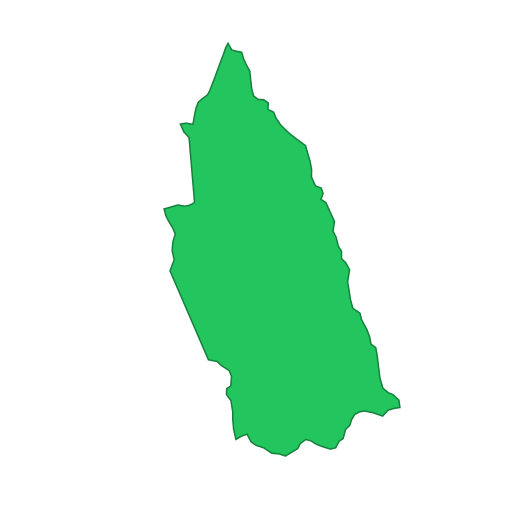 outline of Aragoiânia, Goiás, Brazil, rotated 338°
{"feature_id": "56859067B44164083343773", "entity_name": "Aragoiânia", "entity_type": "district", "adm_level": 2, "iso_a3": "BRA", "parent_name": "Brazil", "parent_adm1": "Goiás", "projection": "equal_earth", "projection_center": [-49.411, -16.939], "detail": "fine", "context": "isolated", "style": "filled", "palette": "green", "viewbox_px": 512, "rotation_deg": 338, "n_neighbors": 0, "source": "geoboundaries", "source_scale": "gbopen_adm2", "svg_char_len": 1712}
<svg xmlns="http://www.w3.org/2000/svg" viewBox="0 0 512 512"><g transform="rotate(338 256 256)"><path d="M235.3,105.3L235.6,113.9L238.3,121.1L219.1,183.3L213.8,184.1L208.8,183.2L202.6,179.4L194.9,178.7L188.4,177.9L187.5,184.8L188.0,190.8L189.3,198.7L189.3,205.5L184.3,211.6L180.3,219.5L178.7,228.8L170.7,237.6L173.0,334.4L180.4,339.2L182.8,344.5L188.2,352.2L188.2,358.5L183.7,367.2L179.2,367.9L176.7,373.3L178.6,380.8L176.0,391.9L173.2,398.9L170.4,408.0L168.7,418.6L175.6,417.6L181.0,417.9L181.7,426.3L185.1,431.5L191.2,436.7L196.8,444.8L203.5,448.3L208.4,452.5L222.5,450.2L226.8,446.5L233.5,444.8L237.8,448.1L241.2,452.9L246.5,457.9L252.6,462.9L258.0,463.7L263.6,458.9L268.4,457.9L274.1,450.4L279.6,448.1L283.1,443.8L287.9,440.0L293.7,439.3L298.8,440.5L305.6,445.0L313.5,451.9L320.6,448.4L326.9,449.0L332.7,450.4L334.5,443.2L331.0,435.7L327.4,432.3L324.2,426.1L325.1,416.1L327.3,407.6L331.1,393.5L332.7,385.9L329.6,380.7L331.0,374.2L331.3,365.7L330.0,354.9L331.0,347.9L326.2,340.8L327.3,331.6L329.3,323.1L331.3,314.2L337.6,303.9L336.7,295.8L334.3,290.6L337.0,283.7L336.0,277.7L337.3,268.6L336.7,261.9L341.7,253.4L341.2,242.6L340.8,232.6L337.4,227.9L341.7,223.1L341.9,217.4L337.4,213.4L337.0,203.5L339.9,196.8L341.7,188.1L342.2,181.7L343.3,172.3L337.0,162.1L333.2,155.4L330.5,149.8L328.0,143.8L326.2,135.5L326.2,129.2L322.0,124.7L324.7,118.7L321.5,113.8L316.6,111.7L313.8,106.6L314.5,100.0L316.8,91.6L319.5,82.4L318.6,74.3L318.4,68.1L319.0,61.6L314.7,58.9L310.7,55.9L309.8,48.3L306.0,51.4L301.1,57.1L297.0,61.4L290.6,68.5L284.0,75.8L278.9,81.2L275.3,85.2L271.2,88.5L265.2,90.0L260.0,91.8L255.3,97.0L251.9,102.2L246.8,110.3L240.9,106.6L235.3,105.3Z" fill="#22c55e" stroke="#15803d" stroke-width="1.5"/></g></svg>